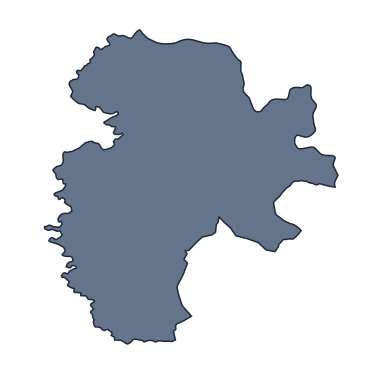 outline of Maseru (Maseru District), Maseru, Lesotho, rotated 95°
{"feature_id": "5366337B82586937750220", "entity_name": "Maseru (Maseru District)", "entity_type": "district", "adm_level": 2, "iso_a3": "LSO", "parent_name": "Lesotho", "parent_adm1": "Maseru", "projection": "equal_earth", "projection_center": [27.512, -29.345], "detail": "fine", "context": "isolated", "style": "filled", "palette": "slate", "viewbox_px": 384, "rotation_deg": 95, "n_neighbors": 0, "source": "geoboundaries", "source_scale": "gbopen_adm2", "svg_char_len": 5966}
<svg xmlns="http://www.w3.org/2000/svg" viewBox="0 0 384 384"><g transform="rotate(95 192 192)"><path d="M302.1,297.7L302.1,293.9L302.6,293.5L304.2,294.0L305.0,293.6L304.7,288.5L308.0,286.0L307.9,281.7L309.0,279.8L309.6,279.5L312.1,282.8L313.5,283.3L317.3,279.8L319.6,282.2L320.3,282.6L320.8,282.5L322.7,280.4L324.6,280.3L327.9,278.5L329.5,279.0L332.6,278.3L334.9,276.6L334.7,273.9L335.0,271.4L336.4,270.2L337.1,269.2L337.7,267.3L336.4,265.0L336.3,263.7L338.8,259.9L339.5,259.3L341.8,260.0L342.5,258.9L343.3,256.7L346.2,256.1L345.9,250.2L346.8,247.8L348.6,244.8L349.0,242.9L347.4,240.2L343.9,237.8L343.5,236.8L343.7,233.2L344.2,229.9L343.9,228.9L345.5,226.7L343.7,222.5L343.4,220.4L343.5,217.7L344.3,215.7L344.6,215.6L343.0,211.6L343.2,206.9L342.7,202.8L342.7,199.0L340.9,195.6L334.5,197.6L333.1,198.6L330.0,196.1L326.6,196.7L324.8,195.8L320.8,188.7L315.7,181.7L306.2,191.8L294.4,196.8L287.5,198.8L275.1,193.6L263.3,190.3L259.9,194.1L254.0,191.6L251.4,193.6L250.3,190.0L241.7,183.1L236.0,177.9L233.0,168.5L230.2,165.1L222.5,164.9L219.5,163.3L214.5,162.9L219.6,157.1L224.4,150.5L231.8,144.5L233.7,132.6L236.7,121.4L243.2,113.3L244.2,104.3L241.9,102.7L241.4,102.7L238.6,101.0L237.3,101.2L236.5,100.8L233.9,98.7L232.0,97.5L231.3,96.3L231.0,94.0L230.3,91.4L230.0,87.1L229.0,86.1L224.3,82.1L220.9,79.8L218.1,83.3L216.2,86.5L215.2,89.3L214.8,91.9L212.5,98.0L208.1,104.9L207.7,106.0L203.9,107.7L199.2,108.8L196.9,109.7L195.3,109.7L194.3,109.4L188.3,104.0L185.3,102.4L180.0,98.4L177.4,95.2L176.4,94.3L173.9,93.0L172.9,91.6L172.0,89.6L171.9,87.4L171.0,83.2L171.4,81.6L171.2,81.1L171.5,78.6L172.7,75.5L172.8,73.0L174.0,69.2L173.9,68.0L172.7,66.1L172.7,64.5L173.2,62.7L174.3,55.7L174.7,49.8L172.5,50.6L169.8,50.8L162.8,48.1L162.1,48.2L161.0,49.1L153.7,53.4L152.2,53.7L150.3,53.5L145.9,52.3L144.8,52.6L144.0,53.7L143.5,55.3L143.8,61.3L143.7,64.4L143.5,65.7L142.4,67.8L137.9,72.8L136.7,75.6L136.9,77.7L139.4,86.4L139.6,89.3L139.4,90.2L138.6,91.1L135.2,93.6L133.5,94.2L131.4,94.1L130.5,94.4L127.8,93.6L126.3,92.3L126.2,91.1L127.5,84.4L126.9,81.2L126.1,79.7L123.7,76.9L120.5,74.6L118.2,74.5L113.7,76.5L105.1,78.4L102.5,78.0L97.6,75.9L94.7,75.7L93.3,76.5L89.4,80.4L88.6,80.9L85.5,82.0L77.8,82.5L76.1,83.4L75.8,83.9L75.3,85.6L75.3,86.5L75.5,87.2L78.3,90.7L78.6,91.9L78.7,98.1L79.9,101.4L80.8,102.6L82.2,103.4L88.8,104.3L90.2,104.8L91.3,105.7L91.8,107.4L92.1,116.7L93.1,120.1L94.9,122.2L98.2,124.4L100.8,127.0L105.7,130.6L106.4,132.7L106.4,134.5L105.6,136.4L104.0,138.0L93.8,143.0L92.7,143.8L88.5,148.8L86.5,149.8L84.7,150.2L79.5,149.5L70.5,152.2L67.2,154.0L58.4,154.5L57.4,155.2L55.3,158.7L48.4,164.4L44.8,166.7L43.3,169.5L42.1,175.6L41.4,181.0L42.3,187.0L42.5,190.7L42.3,194.2L40.4,204.4L40.2,208.4L40.6,211.7L41.2,213.7L42.4,216.8L44.7,220.9L46.1,225.6L46.9,232.4L46.9,235.8L46.2,240.5L42.8,249.6L38.5,255.0L35.8,257.2L35.0,258.2L36.7,260.6L39.2,262.6L42.5,264.3L43.6,265.2L44.3,266.7L43.8,269.0L42.2,273.8L42.1,275.0L42.8,277.4L42.9,279.5L41.5,282.3L41.4,284.2L43.5,286.6L44.6,288.6L45.6,289.5L46.8,290.0L47.5,290.1L49.2,288.9L50.9,287.0L52.7,286.9L53.3,287.5L54.6,290.8L57.8,294.5L57.9,295.8L56.8,296.9L56.0,298.6L56.1,299.7L56.4,300.3L61.3,302.3L63.6,301.1L64.9,301.5L67.2,303.1L68.7,305.0L69.6,305.3L71.2,304.5L72.3,304.9L73.4,307.0L75.1,308.4L75.9,310.2L78.2,311.3L80.7,313.2L81.0,313.8L80.7,316.2L81.7,317.5L83.2,317.2L84.3,316.4L85.0,315.3L85.8,315.0L88.1,315.2L89.1,315.8L89.6,316.6L90.4,320.4L91.2,321.0L92.2,322.9L93.4,323.6L94.8,323.8L96.2,323.5L101.7,319.7L103.1,319.7L107.1,321.1L107.6,320.9L111.0,316.9L113.5,312.9L113.8,311.6L114.0,308.3L114.4,306.6L117.4,302.2L119.2,296.8L119.2,295.6L117.9,295.2L115.7,295.4L115.2,293.9L115.7,291.4L120.3,287.1L120.9,284.2L121.2,279.5L120.8,277.7L118.8,274.7L118.6,273.8L118.9,273.4L119.4,272.6L120.1,272.2L121.6,272.9L123.3,275.3L123.9,276.9L125.5,279.6L127.7,282.2L130.0,285.6L130.7,285.9L132.6,282.8L132.2,280.7L133.8,277.6L133.8,276.0L133.6,274.7L133.7,273.9L135.1,273.8L139.7,275.4L140.1,275.4L140.8,274.6L141.3,273.1L140.9,268.6L139.6,266.8L139.9,266.0L140.7,265.6L141.3,265.8L145.5,270.0L146.0,272.9L146.4,273.4L148.9,274.7L150.9,273.4L152.2,273.5L155.1,276.4L155.9,278.7L156.9,280.3L157.6,284.3L156.9,285.3L155.5,286.7L153.2,288.0L152.0,289.3L151.6,291.4L151.5,293.7L151.1,294.5L150.3,295.1L150.4,298.0L152.5,302.7L157.9,308.0L161.9,314.7L162.7,317.6L163.5,319.8L163.0,321.9L163.5,322.8L164.5,323.5L166.5,323.9L172.0,322.9L173.8,323.1L175.9,324.0L177.3,325.6L178.1,328.2L178.7,329.4L181.9,332.4L182.7,332.2L186.2,329.1L188.9,328.6L190.5,327.6L191.2,326.7L191.2,325.7L190.6,323.8L190.6,322.1L194.8,320.9L195.1,319.8L195.0,318.7L196.1,318.5L197.6,318.8L201.2,321.0L202.0,322.1L204.8,327.9L206.0,329.1L206.6,329.1L207.1,328.8L207.8,327.6L208.1,325.6L208.4,325.1L210.5,324.5L211.0,323.9L210.4,322.6L209.1,321.7L209.0,320.7L209.8,318.7L210.8,317.9L211.8,317.7L213.4,318.1L214.8,316.4L217.3,311.2L221.6,310.0L222.0,310.2L222.3,311.2L224.2,313.3L224.4,317.4L225.4,320.0L227.4,321.7L230.1,323.0L231.7,323.0L233.4,321.9L233.5,321.5L232.7,319.9L234.6,318.8L236.2,319.0L238.2,320.7L238.9,322.1L238.5,324.7L238.8,326.1L238.4,327.9L237.5,330.5L237.6,331.7L238.9,333.8L239.5,335.9L240.3,335.9L241.3,335.4L242.4,333.1L242.6,330.9L241.9,329.6L241.4,327.8L242.9,322.8L242.2,320.5L242.5,319.9L245.3,318.0L245.8,317.7L247.6,318.5L250.8,322.4L251.3,323.3L250.1,326.0L249.8,328.1L251.0,329.5L252.9,330.3L253.6,329.8L254.0,328.6L255.7,320.9L258.3,315.1L260.6,313.5L261.4,313.3L263.1,313.8L265.5,315.9L266.2,315.7L266.9,313.6L267.1,311.6L266.7,307.6L267.4,305.9L270.5,304.4L271.2,304.5L272.5,307.8L273.2,308.9L274.8,310.1L277.4,310.8L278.0,309.6L278.1,306.5L276.0,305.3L275.5,304.3L276.0,301.4L276.6,300.6L277.4,300.4L277.9,300.6L279.0,303.2L281.7,307.3L284.1,308.5L284.3,309.3L283.6,311.7L283.9,312.6L284.7,313.5L287.0,314.9L288.1,314.2L288.3,313.3L288.2,311.6L291.5,307.0L292.4,306.6L295.3,307.7L296.5,307.3L298.1,303.3L298.4,300.7L301.1,301.1L301.8,300.9L302.4,300.0L302.1,297.7Z" fill="#64748b" stroke="#1e293b" stroke-width="1.5"/></g></svg>